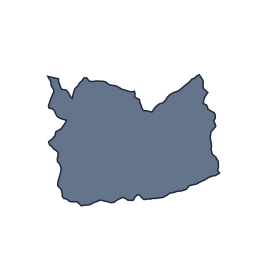 Ocauçu, São Paulo, Brazil, rotated 66°
{"feature_id": "56859067B65296582984001", "entity_name": "Ocauçu", "entity_type": "district", "adm_level": 2, "iso_a3": "BRA", "parent_name": "Brazil", "parent_adm1": "São Paulo", "projection": "mercator", "projection_center": [-49.95, -22.434], "detail": "fine", "context": "isolated", "style": "filled", "palette": "slate", "viewbox_px": 256, "rotation_deg": 66, "n_neighbors": 0, "source": "geoboundaries", "source_scale": "gbopen_adm2", "svg_char_len": 2413}
<svg xmlns="http://www.w3.org/2000/svg" viewBox="0 0 256 256"><g transform="rotate(66 128 128)"><path d="M180.1,202.3L180.9,198.9L181.9,196.4L182.6,193.8L182.2,189.7L182.5,187.0L182.6,182.6L185.2,179.1L187.3,176.2L189.1,174.4L190.2,171.1L189.3,166.5L189.2,161.2L191.1,159.1L193.6,157.8L194.9,155.7L196.2,152.7L194.1,149.9L192.7,146.3L194.6,144.5L197.4,143.8L199.9,142.5L200.9,138.7L202.1,136.4L202.3,134.0L203.5,131.8L204.4,128.3L205.7,124.2L205.2,119.2L204.5,116.6L205.4,113.0L205.9,108.7L207.3,104.4L207.8,99.7L205.6,95.6L206.3,91.7L207.0,88.5L206.8,85.7L206.6,82.6L206.7,79.6L206.2,76.3L206.0,73.9L206.2,70.3L207.0,67.7L206.5,62.7L203.2,63.5L200.9,61.5L198.4,60.4L195.2,59.2L190.4,59.6L187.0,61.5L184.3,61.3L181.3,60.8L178.1,58.9L174.2,57.8L170.4,56.9L167.9,55.4L165.4,53.9L163.8,50.5L162.3,47.2L159.4,46.7L156.4,46.8L154.5,44.2L151.5,43.0L149.2,43.0L146.6,45.0L143.6,47.2L140.8,46.9L138.6,47.0L136.3,49.5L134.5,48.1L132.5,47.0L130.9,45.1L129.4,42.9L128.2,40.7L125.0,41.9L122.6,43.0L119.4,42.0L116.9,40.7L114.7,40.2L111.9,40.6L108.4,41.2L108.3,43.8L109.5,46.5L109.3,49.7L110.5,52.3L111.4,55.1L112.0,57.5L112.8,60.3L114.0,64.1L114.6,68.0L114.1,72.0L114.7,76.4L115.9,79.6L117.6,81.8L119.2,85.7L118.7,89.6L119.6,93.4L121.1,96.5L123.1,99.5L121.9,101.4L120.2,103.4L118.3,106.9L115.4,107.2L113.2,106.8L110.0,106.8L106.5,106.0L104.7,107.7L102.0,109.3L99.9,107.7L97.1,107.2L96.2,110.4L94.8,112.4L92.8,114.5L90.0,117.9L87.7,119.4L85.8,120.8L84.2,122.5L82.7,124.8L80.6,127.7L76.7,129.7L75.0,132.1L73.7,134.8L72.3,137.6L71.0,141.7L69.8,144.1L67.6,144.9L65.3,145.4L64.4,148.1L66.2,151.0L67.4,154.4L69.1,156.4L70.3,160.1L72.5,162.5L78.1,166.9L76.0,167.8L71.2,168.1L68.1,169.1L65.7,172.9L62.4,173.0L59.7,172.6L57.3,172.6L54.8,171.4L52.6,174.5L50.6,177.1L48.2,180.3L51.7,180.0L54.2,179.6L57.2,180.8L59.4,180.8L62.0,180.3L64.7,180.9L67.2,183.8L69.8,186.5L75.4,191.7L77.6,192.1L79.6,189.4L81.9,188.3L86.1,188.3L89.0,187.9L91.6,186.1L95.9,181.1L98.5,184.1L100.1,187.0L101.5,189.2L101.8,192.8L102.3,195.8L105.2,197.6L107.3,202.0L108.3,206.2L111.7,206.5L113.9,205.1L116.8,204.5L119.0,203.0L121.3,202.0L123.7,202.5L125.8,203.9L127.6,205.3L130.3,206.1L133.1,205.1L136.3,205.1L139.3,206.4L141.9,208.2L144.5,210.4L146.8,212.4L149.1,214.1L152.0,215.7L156.9,214.0L160.8,214.7L163.4,215.8L166.3,215.2L168.2,212.7L171.0,211.5L172.6,209.2L174.5,204.9L177.5,203.3L180.1,202.3Z" fill="#64748b" stroke="#1e293b" stroke-width="1.5"/></g></svg>